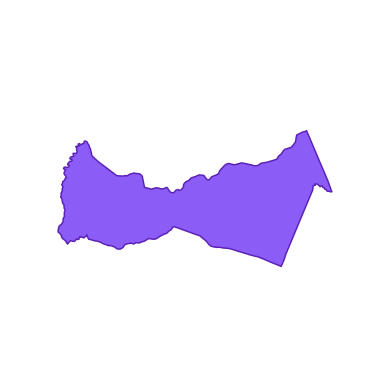 Senador Guiomard, Acre, Brazil (orthographic projection), rotated 43°
{"feature_id": "56859067B6491978564654", "entity_name": "Senador Guiomard", "entity_type": "district", "adm_level": 2, "iso_a3": "BRA", "parent_name": "Brazil", "parent_adm1": "Acre", "projection": "orthographic", "projection_center": [-67.514, -9.978], "detail": "fine", "context": "isolated", "style": "filled", "palette": "violet", "viewbox_px": 384, "rotation_deg": 43, "n_neighbors": 0, "source": "geoboundaries", "source_scale": "gbopen_adm2", "svg_char_len": 5369}
<svg xmlns="http://www.w3.org/2000/svg" viewBox="0 0 384 384"><g transform="rotate(43 192 192)"><path d="M294.0,96.4L283.2,90.9L276.4,87.9L266.4,83.5L255.5,78.6L234.1,69.1L233.7,70.1L233.0,71.2L231.7,73.4L231.3,74.6L230.8,75.9L230.4,77.0L230.0,78.0L229.8,79.0L230.3,79.9L230.8,80.8L231.4,81.6L232.1,82.6L232.7,83.6L233.4,84.5L233.7,85.3L233.7,86.5L233.9,87.7L234.0,88.9L234.1,90.3L234.1,91.5L233.4,92.9L232.7,94.1L232.1,95.2L231.5,96.2L230.8,97.4L230.7,99.4L230.9,100.7L231.2,102.5L231.3,103.9L231.0,105.4L230.9,106.8L231.7,110.2L229.9,113.4L228.3,116.1L227.3,117.7L225.8,120.2L224.8,121.4L223.7,122.8L222.7,124.3L222.5,125.8L222.3,127.1L221.7,128.1L220.9,129.3L219.7,130.3L218.5,130.9L212.3,134.4L208.4,136.9L207.6,138.2L206.9,139.3L206.4,140.2L205.9,141.0L205.3,142.0L204.6,143.0L203.6,143.7L202.7,144.2L201.9,144.7L200.9,145.3L199.8,145.8L198.7,146.9L198.2,148.2L197.9,149.1L197.7,150.2L197.7,151.4L197.7,152.7L197.7,153.7L197.7,154.6L197.7,155.9L197.8,157.5L198.3,159.0L198.9,160.6L198.3,162.4L197.6,164.1L196.9,165.6L196.3,166.7L196.0,167.9L196.2,169.5L196.2,170.9L195.8,171.9L194.9,172.7L193.6,172.6L192.7,172.4L191.5,172.2L190.2,172.0L189.1,171.9L185.3,174.9L185.0,175.9L184.4,177.4L183.9,178.4L183.1,179.9L182.4,181.1L181.8,182.2L181.8,184.6L181.6,186.4L181.0,187.5L180.6,188.7L180.5,191.0L180.9,192.5L181.5,193.2L182.6,194.7L182.4,196.3L182.6,197.9L182.0,199.2L180.8,199.6L179.9,199.9L179.0,201.9L179.1,203.6L179.1,204.8L178.3,205.9L176.8,206.8L174.5,206.6L171.8,205.9L170.4,205.8L169.1,208.7L168.6,209.8L167.3,210.6L166.1,211.3L164.4,212.3L163.1,213.1L161.9,215.0L161.0,216.5L160.5,217.5L158.6,218.5L154.1,221.0L151.4,219.1L149.6,217.8L147.6,216.4L146.4,215.5L145.0,214.5L143.4,214.2L141.7,214.3L140.6,215.0L139.6,215.6L138.4,216.7L136.6,217.7L135.4,219.7L134.4,221.4L133.4,224.6L132.1,225.5L131.5,226.2L130.7,227.4L128.0,229.7L126.8,230.6L125.8,231.4L123.0,231.7L120.8,231.9L114.7,232.5L112.5,232.7L111.0,232.9L106.9,233.3L104.5,233.6L98.1,233.9L97.2,233.7L96.2,233.9L95.0,233.8L93.5,233.5L92.6,232.7L91.8,232.0L90.5,231.2L89.4,230.7L88.4,229.7L86.7,229.3L85.3,228.4L84.0,227.9L82.5,227.6L81.7,227.1L80.5,227.0L79.4,227.5L78.6,228.2L79.4,229.7L79.7,230.6L78.9,231.4L78.8,232.7L78.0,233.3L76.7,233.4L76.1,234.5L76.9,235.4L77.9,235.1L77.7,236.1L76.6,237.1L76.1,238.0L77.1,238.4L78.1,238.6L78.6,239.8L79.6,240.3L80.6,241.0L81.1,242.7L79.9,243.7L78.8,244.8L79.9,245.9L81.0,246.3L80.8,247.3L79.8,248.4L79.4,249.7L79.7,250.6L80.7,250.9L81.7,250.1L82.9,250.8L82.7,251.8L81.8,252.7L81.7,254.2L81.7,255.5L82.5,256.9L83.9,256.3L84.6,257.4L84.4,258.6L83.8,259.3L82.5,260.1L81.6,261.1L82.2,262.6L83.4,262.4L84.4,262.1L84.7,263.4L85.2,265.0L86.1,265.8L87.1,266.3L88.0,266.3L89.2,266.5L90.2,267.2L89.9,268.4L90.5,269.4L90.7,270.4L90.7,271.5L90.4,272.5L91.1,273.4L91.5,274.5L91.8,275.5L92.9,275.8L93.9,276.0L94.6,277.1L94.8,278.2L96.0,278.9L96.3,280.0L96.8,280.9L97.1,282.3L98.5,283.4L99.4,285.2L100.9,285.6L102.4,286.2L103.1,287.1L104.1,287.6L105.1,288.4L106.4,288.5L107.5,289.1L108.2,289.7L109.0,290.5L109.8,291.2L110.9,291.3L111.7,291.9L112.1,293.3L112.6,294.0L113.2,294.7L114.8,296.4L115.6,297.6L115.8,299.0L116.5,300.1L117.3,300.8L118.1,302.1L118.2,303.2L118.5,304.7L118.3,305.9L118.1,307.1L118.3,308.0L118.8,309.0L119.3,309.9L121.2,312.5L124.7,312.5L126.0,312.9L126.9,313.5L128.0,314.1L129.2,314.3L130.8,314.1L132.3,314.0L133.7,314.1L134.6,314.6L136.3,314.9L136.4,313.7L136.3,312.4L136.2,311.3L136.7,310.3L138.3,309.4L139.8,308.2L139.7,307.0L139.6,305.3L141.0,304.6L141.5,303.6L140.7,302.4L140.6,300.9L141.6,300.8L142.5,299.7L143.5,299.6L144.3,299.1L144.2,298.1L144.7,296.9L144.4,295.3L147.3,296.5L148.8,297.0L149.8,296.2L153.1,294.6L154.7,293.7L156.0,292.7L157.4,292.0L159.9,290.9L161.1,290.7L162.2,290.4L163.9,289.7L165.9,288.8L167.2,288.3L168.0,287.8L168.8,286.8L170.2,286.2L172.0,285.4L173.5,284.9L175.6,284.8L176.5,284.3L177.6,283.5L178.4,282.7L178.9,281.6L179.2,280.2L179.3,279.0L179.0,277.5L178.9,276.4L179.3,275.3L180.0,274.1L180.7,272.9L181.8,271.8L182.4,270.9L183.8,270.3L184.8,269.7L185.2,268.8L185.5,267.5L187.9,265.4L188.7,264.4L189.0,263.2L189.9,261.7L190.6,260.7L191.1,259.3L191.4,257.9L191.6,256.9L192.2,255.7L193.2,254.7L194.3,254.1L196.2,252.6L196.8,252.0L197.4,251.2L198.0,249.5L198.4,247.7L198.7,246.8L199.1,245.3L199.7,243.7L200.1,242.5L200.6,241.5L201.4,240.1L201.8,238.4L201.7,236.8L201.9,235.6L202.4,234.4L202.4,233.1L202.2,232.0L202.0,230.6L202.9,229.3L205.1,228.4L211.7,225.6L214.7,224.3L216.0,223.8L218.3,222.7L220.8,221.7L224.3,220.2L226.3,219.2L227.6,218.7L228.7,218.7L230.7,218.6L235.5,218.2L238.6,218.6L240.8,218.9L242.8,218.7L244.0,218.0L245.0,217.5L246.1,216.8L247.5,215.9L248.9,214.6L250.1,213.4L252.0,212.3L253.7,211.1L255.6,209.5L257.2,208.4L258.5,207.5L259.8,206.9L260.8,206.4L263.3,205.2L266.4,203.8L268.8,202.5L272.8,200.6L273.8,200.0L275.1,199.4L276.0,199.1L276.9,198.6L278.3,197.9L279.4,197.3L281.1,196.4L282.1,195.8L283.4,195.0L284.3,194.5L285.2,194.1L286.9,193.5L289.1,192.6L291.8,191.6L293.3,191.1L294.9,190.5L296.0,190.1L297.2,189.7L307.9,185.6L306.3,180.7L304.5,176.4L303.1,173.6L300.2,165.8L281.6,115.6L279.0,108.4L278.0,106.9L277.1,105.9L276.4,104.9L277.4,103.0L276.4,102.7L277.0,101.9L277.9,100.9L279.9,100.6L281.0,100.7L282.1,100.7L282.2,99.7L283.4,98.6L284.4,99.4L286.0,98.9L287.2,99.3L289.0,98.7L289.9,99.2L290.8,98.8L291.6,98.1L292.9,97.6L294.0,96.4Z" fill="#8b5cf6" stroke="#5b21b6" stroke-width="1.5"/></g></svg>